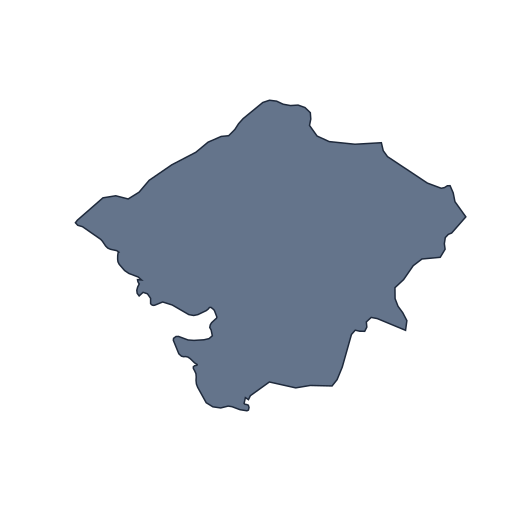 Opole, Robinson projection, rotated 22°
{"feature_id": "POL-3167", "entity_name": "Opole", "entity_type": "Voivodeship", "adm_level": 1, "iso_a3": "POL", "parent_name": "Poland", "parent_adm1": "", "projection": "robinson", "projection_center": [17.773, 50.56], "detail": "fine", "context": "isolated", "style": "filled", "palette": "slate", "viewbox_px": 512, "rotation_deg": 22, "n_neighbors": 0, "source": "natural_earth", "source_scale": "10m", "svg_char_len": 2216}
<svg xmlns="http://www.w3.org/2000/svg" viewBox="0 0 512 512"><g transform="rotate(22 256 256)"><path d="M79.2,294.3L76.1,292.8L77.0,289.6L92.3,259.4L103.4,252.7L116.1,251.0L123.7,240.6L128.6,225.8L143.8,202.9L161.4,182.3L168.9,168.4L178.9,158.2L185.6,154.7L189.0,146.6L190.3,139.8L192.6,133.4L204.8,111.1L210.2,106.5L217.1,104.7L224.3,105.1L231.6,103.6L238.5,100.3L245.8,100.0L252.7,102.8L255.5,108.5L256.7,114.9L267.7,121.9L281.0,122.5L305.9,115.3L329.8,104.0L334.5,110.7L340.7,114.6L387.6,124.2L402.4,123.8L405.2,121.9L407.1,119.2L409.6,118.1L415.2,123.6L420.1,131.1L435.9,141.1L428.8,161.4L426.2,163.9L424.6,168.0L426.0,174.0L428.8,178.9L427.3,188.2L411.0,196.6L405.4,206.1L401.7,222.6L396.7,233.3L400.9,243.4L406.5,249.4L413.3,253.6L420.1,259.4L422.5,268.9L391.9,268.6L385.8,269.8L383.0,275.8L385.4,280.4L385.0,285.1L380.3,286.9L375.8,287.6L373.9,293.0L377.6,326.8L377.5,340.3L375.2,348.0L354.8,355.7L342.2,363.4L315.6,367.8L303.1,387.6L302.8,391.9L302.8,392.0L299.2,391.3L300.2,397.2L301.3,397.6L303.0,397.2L304.8,397.2L306.3,399.1L306.7,401.7L305.6,402.9L298.7,404.5L290.2,404.7L286.4,405.6L280.2,410.1L272.5,412.0L264.8,410.7L251.1,399.6L248.7,397.0L247.0,393.8L245.9,390.6L244.4,387.6L242.1,385.4L240.1,383.8L239.4,382.3L240.1,380.8L242.1,379.5L242.2,379.3L242.2,379.1L242.2,378.8L242.1,378.6L239.1,378.1L233.4,375.8L230.6,375.2L228.4,375.6L226.6,376.5L224.4,376.8L221.1,375.6L210.9,365.1L210.4,363.2L212.0,360.6L214.3,359.6L224.5,359.3L230.1,357.5L239.1,353.2L243.4,350.2L245.4,346.3L242.1,341.4L239.9,339.6L239.4,336.9L239.8,334.5L242.1,329.6L242.6,328.8L242.7,328.0L242.6,327.3L242.1,326.7L238.2,322.5L237.0,321.6L233.5,320.5L232.1,321.2L231.6,323.0L230.4,325.2L224.1,332.1L220.5,334.5L215.6,335.5L196.7,332.8L186.7,333.6L180.5,339.6L179.4,340.2L178.3,340.4L177.2,340.2L176.1,339.6L174.1,334.7L169.5,331.7L164.9,332.0L162.6,336.8L159.8,335.1L158.3,332.4L157.9,329.1L158.2,325.6L157.2,325.0L156.3,324.2L155.6,323.3L155.0,322.3L158.9,321.1L154.6,319.6L144.7,319.8L139.6,318.7L132.2,314.9L130.2,313.1L128.9,310.8L127.6,307.4L126.9,304.5L127.4,303.8L124.9,303.2L118.5,304.3L115.6,304.2L112.9,303.1L108.0,299.8L105.7,298.7L84.1,293.8L79.2,294.3Z" fill="#64748b" stroke="#1e293b" stroke-width="1.5"/></g></svg>